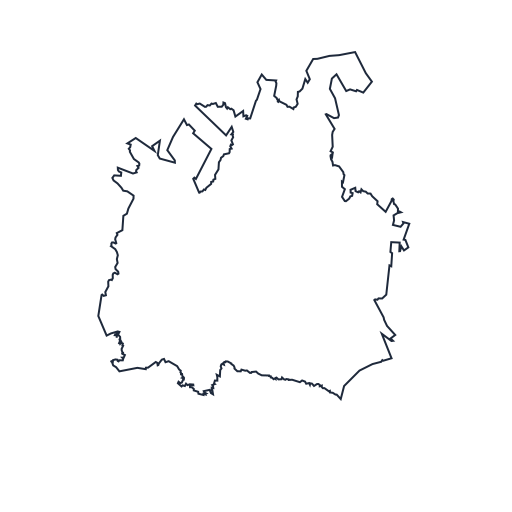 the district of Venustiano Carranza, Chiapas, Mexico, rotated 337°
{"feature_id": "50627088B57673642633786", "entity_name": "Venustiano Carranza", "entity_type": "district", "adm_level": 2, "iso_a3": "MEX", "parent_name": "Mexico", "parent_adm1": "Chiapas", "projection": "equal_earth", "projection_center": [-92.682, 16.309], "detail": "fine", "context": "isolated", "style": "outline", "palette": "slate", "viewbox_px": 512, "rotation_deg": 337, "n_neighbors": 0, "source": "geoboundaries", "source_scale": "gbopen_adm2", "svg_char_len": 6097}
<svg xmlns="http://www.w3.org/2000/svg" viewBox="0 0 512 512"><g transform="rotate(337 256 256)"><path d="M87.4,270.9L92.2,270.6L99.2,271.4L100.6,272.5L99.4,273.5L97.5,272.9L97.1,274.2L95.8,273.2L95.2,273.7L96.7,274.4L95.9,276.8L96.6,275.3L98.2,274.2L99.3,277.3L98.8,278.8L97.8,279.4L97.6,281.1L95.2,283.4L97.1,282.2L96.8,283.7L97.2,283.5L98.4,281.0L98.6,284.0L99.2,284.6L98.1,286.1L98.6,286.7L96.0,289.0L95.5,290.5L95.5,292.3L94.9,293.2L95.6,293.4L95.1,294.2L96.6,295.9L94.6,297.8L93.2,297.3L93.7,298.6L92.6,300.0L89.5,298.6L88.3,299.3L87.7,298.6L87.9,297.3L86.2,296.3L83.7,296.0L82.7,297.7L82.7,296.9L81.2,295.9L82.0,297.4L81.8,300.9L83.8,303.7L85.2,308.8L103.1,312.6L110.3,317.1L111.0,315.8L113.0,316.6L122.3,314.4L123.4,315.8L122.8,318.2L123.5,318.2L124.5,317.0L128.8,314.6L131.1,314.8L131.2,318.4L134.5,318.7L140.4,326.6L140.9,330.4L141.9,332.2L141.0,333.6L141.3,334.4L140.8,335.5L141.8,335.8L141.3,337.8L141.9,339.2L140.5,339.4L141.8,340.6L141.2,341.6L140.5,341.4L138.3,343.5L136.6,343.4L135.6,341.5L134.4,342.6L136.5,347.0L137.9,346.4L139.7,347.9L141.7,346.2L142.5,348.1L144.9,348.2L148.0,349.8L147.8,350.5L144.8,348.7L144.0,351.0L145.6,351.7L146.8,354.0L146.2,355.4L149.7,358.4L149.2,360.3L153.3,363.4L153.7,362.4L155.4,363.7L155.4,362.9L156.4,363.0L155.1,361.3L155.1,360.0L161.0,361.1L161.0,364.6L162.4,366.5L163.4,362.3L162.9,362.1L163.8,359.9L165.1,360.8L165.6,358.9L165.3,357.7L168.0,357.8L167.5,357.0L169.5,354.6L171.7,355.6L173.1,352.3L173.5,350.0L175.7,352.7L178.5,347.0L180.3,346.0L180.4,343.8L181.7,342.3L182.7,342.1L184.0,343.5L184.3,341.6L185.5,341.2L186.3,341.8L187.0,341.2L188.8,342.1L191.3,345.3L191.1,345.8L192.6,348.1L192.7,350.2L192.2,351.2L193.8,354.8L196.9,356.2L198.2,354.9L201.3,357.4L202.9,357.8L204.8,361.3L206.0,361.7L206.6,361.1L210.9,362.4L212.1,365.1L214.7,368.1L221.3,371.1L221.1,371.6L222.6,372.6L222.2,373.6L223.3,374.4L224.1,376.3L225.7,376.1L226.0,376.8L226.4,375.9L227.3,375.9L228.5,378.4L231.3,379.4L232.5,378.0L233.6,380.5L234.7,381.4L235.8,381.1L237.8,382.3L237.7,382.9L240.9,384.0L247.1,389.3L249.8,388.6L252.1,390.8L252.3,393.2L255.2,393.7L255.3,395.6L256.2,394.4L257.7,395.4L258.6,398.3L262.1,397.7L263.4,398.2L264.3,399.6L263.8,400.8L265.9,401.0L265.3,402.1L265.9,403.8L267.4,404.4L270.2,409.0L271.3,409.0L270.8,410.5L273.2,411.9L275.0,414.6L276.1,415.1L278.1,420.8L286.3,410.1L306.5,401.9L321.0,401.0L329.9,402.3L331.6,401.2L332.1,402.1L340.8,403.1L341.4,376.7L347.5,387.2L349.0,387.6L347.6,384.5L353.3,383.1L349.3,371.6L349.0,364.9L349.5,362.3L347.7,342.8L348.7,342.5L350.7,343.7L352.2,342.9L355.5,344.4L360.8,342.5L375.2,316.8L376.5,318.3L382.4,306.6L381.3,304.8L385.9,296.1L393.5,299.8L389.8,307.6L390.5,307.8L393.6,303.9L394.4,308.7L399.6,307.6L399.8,299.6L398.3,298.6L409.7,286.2L404.6,282.2L404.5,283.6L400.5,285.6L394.2,280.9L397.0,277.2L398.5,272.4L402.9,271.8L406.5,272.4L405.5,271.1L404.0,270.5L405.2,267.9L404.3,263.0L403.4,262.2L403.9,259.2L404.8,257.9L404.3,256.5L403.2,256.7L402.2,258.3L392.6,266.0L387.8,255.7L389.3,253.1L386.3,246.4L385.8,243.3L383.2,242.1L382.2,239.7L380.0,238.2L379.1,235.8L377.1,238.3L376.2,236.7L374.9,237.3L373.0,235.2L374.0,232.0L368.9,232.0L367.9,234.6L369.5,235.9L368.0,238.2L366.1,238.0L364.2,239.6L360.2,240.7L359.2,240.1L358.3,235.2L363.9,229.2L362.2,225.9L364.2,221.0L364.9,222.1L369.0,216.1L368.6,214.9L369.1,212.9L367.5,206.0L364.2,203.2L362.3,202.8L363.2,199.1L362.9,196.3L363.5,193.7L364.2,194.1L364.2,192.4L364.8,192.2L365.0,194.2L366.0,192.5L367.2,190.7L365.6,188.7L369.3,185.4L373.4,174.3L375.1,171.7L378.0,169.7L375.6,152.9L376.3,152.9L381.7,159.6L385.6,160.6L387.4,158.7L390.4,141.7L389.3,131.0L395.2,122.3L401.1,120.2L403.5,139.4L407.7,139.4L412.5,143.5L413.8,142.6L418.6,147.5L430.8,140.8L428.5,130.6L426.9,107.0L411.0,103.6L401.8,100.5L389.6,98.5L385.6,97.0L374.7,105.2L374.6,114.3L371.3,116.7L370.5,112.4L364.1,120.1L360.4,121.6L358.7,121.3L356.8,125.4L354.5,127.7L353.8,132.2L350.9,134.2L348.8,134.0L347.8,135.3L345.1,131.6L343.3,131.0L343.1,128.7L338.8,123.7L338.0,122.7L338.1,121.7L336.7,122.8L336.4,122.3L337.4,120.6L336.7,120.1L336.8,118.8L335.3,115.7L341.1,107.2L342.3,104.9L342.2,103.2L343.1,102.3L334.3,97.9L332.2,91.2L325.2,96.6L325.4,104.1L317.9,112.5L316.6,113.1L304.4,127.1L302.3,126.1L301.7,126.9L300.3,125.7L302.7,123.6L301.9,122.6L299.0,122.5L300.8,117.5L291.5,119.6L292.3,113.1L290.9,110.8L289.7,110.8L288.2,108.1L287.0,109.0L286.5,107.3L287.2,103.2L286.0,102.0L285.0,104.0L282.8,105.2L279.1,103.7L278.8,99.5L275.7,99.2L274.6,98.3L272.3,99.4L270.3,98.2L268.5,99.1L267.3,98.8L263.8,93.7L261.2,93.3L260.6,92.4L258.7,93.7L275.6,133.3L284.1,127.6L283.6,132.9L280.9,134.4L282.2,135.2L281.5,136.2L281.4,137.7L278.5,140.0L278.4,144.2L277.1,144.5L276.4,143.7L275.2,144.9L275.5,147.6L273.6,147.3L272.3,150.1L271.3,150.9L266.2,149.9L264.9,151.3L262.2,151.9L260.8,153.8L258.5,155.2L255.3,161.6L250.0,165.3L248.7,169.1L246.6,169.1L245.7,170.7L243.7,170.3L242.9,172.1L237.0,173.8L235.1,175.4L234.1,174.4L231.9,175.6L230.1,175.0L228.8,175.7L228.4,175.5L228.4,160.4L229.9,159.8L230.8,161.6L256.8,140.0L246.1,118.5L248.6,116.7L245.6,108.7L243.6,108.5L243.1,102.0L226.1,114.0L215.7,123.9L218.6,136.3L217.8,138.4L205.5,128.7L205.0,124.8L212.6,112.3L203.3,114.3L203.6,119.6L191.4,100.4L181.6,102.1L184.2,104.5L182.7,106.7L180.8,107.6L181.3,109.5L180.6,110.8L181.5,119.0L184.6,124.1L184.7,125.5L183.8,127.1L182.0,126.8L182.3,129.0L179.4,130.1L178.7,131.2L178.8,132.4L175.0,132.0L163.3,120.7L162.5,122.9L162.8,124.6L164.6,126.5L163.0,129.4L157.0,126.4L154.3,128.0L154.4,130.8L156.9,135.1L158.8,140.6L159.3,144.0L162.8,146.2L166.9,152.6L165.6,155.4L157.1,162.4L153.7,166.6L149.6,167.2L143.1,180.0L136.8,180.5L136.7,182.4L134.0,184.0L132.9,185.6L132.4,189.6L131.7,189.7L129.9,187.7L128.7,187.3L127.7,188.1L127.0,190.1L126.4,190.3L129.1,194.7L129.5,198.0L129.1,201.3L126.7,204.5L125.9,208.3L122.1,211.1L121.6,213.2L123.0,216.6L122.5,218.5L121.4,218.7L119.5,216.2L117.8,216.3L116.7,217.4L115.5,220.5L113.9,221.8L113.3,221.1L111.2,220.8L109.9,221.9L108.3,226.2L103.2,230.3L102.5,233.5L100.2,233.2L99.4,231.4L98.6,231.6L87.4,249.6L87.4,270.9Z" fill="none" stroke="#1e293b" stroke-width="2"/></g></svg>